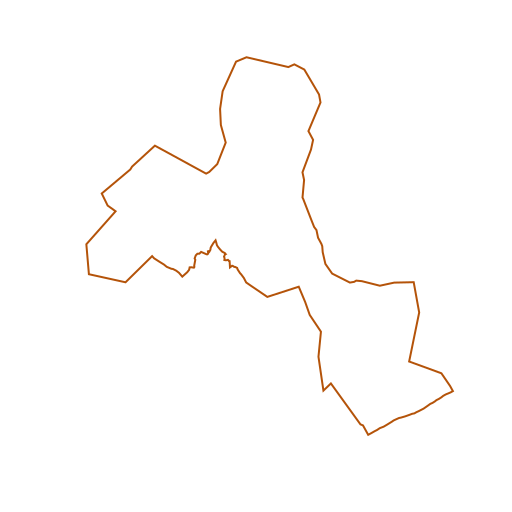 the district of Ifelodun, Osun, Nigeria, rotated 79°
{"feature_id": "59680162B54301811333050", "entity_name": "Ifelodun", "entity_type": "district", "adm_level": 2, "iso_a3": "NGA", "parent_name": "Nigeria", "parent_adm1": "Osun", "projection": "albers", "projection_center": [4.686, 7.929], "detail": "fine", "context": "isolated", "style": "outline", "palette": "amber", "viewbox_px": 512, "rotation_deg": 79, "n_neighbors": 0, "source": "geoboundaries", "source_scale": "gbopen_adm2", "svg_char_len": 2167}
<svg xmlns="http://www.w3.org/2000/svg" viewBox="0 0 512 512"><g transform="rotate(79 256 256)"><path d="M256.9,389.1L236.3,358.0L238.8,356.5L243.3,351.8L246.8,348.0L249.6,345.7L252.4,341.5L252.9,340.0L255.2,337.1L257.8,334.8L262.2,332.3L258.8,326.6L256.8,324.3L254.5,323.3L254.7,321.7L255.6,319.2L255.0,318.6L253.7,318.5L248.1,316.3L246.7,316.7L243.9,315.0L242.6,313.1L242.9,311.1L241.5,309.1L244.9,304.2L245.1,303.5L244.9,303.0L244.3,302.4L242.2,302.3L242.1,301.9L242.9,301.0L241.2,299.6L239.4,299.0L238.4,298.3L236.3,296.4L235.0,295.2L232.9,292.7L235.9,292.4L237.9,292.3L239.5,291.7L241.8,290.5L243.2,289.7L245.4,288.3L246.4,287.0L247.1,286.1L248.2,285.5L248.2,286.0L249.6,286.8L250.5,287.5L251.9,287.3L252.9,287.4L253.9,287.8L254.4,286.5L254.5,285.6L254.4,284.3L255.1,283.8L255.7,283.6L256.0,282.9L258.3,283.2L262.2,283.7L261.6,282.5L261.0,281.3L261.7,280.2L262.6,279.4L262.8,278.5L264.1,276.8L265.7,276.6L269.9,274.9L271.1,274.1L275.3,272.1L280.1,270.7L284.4,266.5L298.3,252.7L294.3,219.9L310.6,216.5L324.1,214.5L342.7,206.7L366.8,213.9L401.0,215.5L395.4,206.8L441.2,185.6L442.7,183.3L452.9,180.0L451.9,176.7L450.6,172.9L449.9,170.4L448.6,167.3L447.9,163.3L446.6,159.6L445.5,156.7L444.6,154.3L443.7,152.3L443.2,150.3L442.3,146.5L442.3,144.7L441.9,140.3L441.2,135.6L440.7,132.9L440.7,130.5L439.9,128.3L439.4,126.1L438.7,123.7L437.8,120.6L436.7,118.1L435.4,115.2L434.4,113.1L433.9,110.8L432.8,108.0L431.9,106.4L431.2,103.8L430.1,101.0L429.0,98.9L428.4,97.1L427.9,95.4L427.7,94.1L427.0,90.9L426.2,88.5L420.6,90.3L406.5,96.4L388.8,125.8L342.6,106.6L311.8,106.2L308.5,125.4L308.8,140.1L300.9,156.9L299.3,162.3L300.1,164.6L300.0,168.9L287.8,184.6L277.0,189.4L265.0,189.8L259.0,189.1L256.6,189.5L249.9,191.6L242.1,191.7L238.6,193.4L231.7,194.7L208.9,198.8L207.5,199.2L190.6,194.3L182.7,194.4L162.0,181.7L152.9,177.8L143.4,180.7L117.6,163.4L109.5,163.3L82.2,173.0L75.2,181.8L76.7,188.2L59.1,227.4L61.4,238.5L87.9,257.3L104.8,263.2L120.7,265.5L138.9,264.1L158.4,276.5L164.6,285.9L165.6,289.2L165.5,289.4L128.4,334.2L144.6,360.6L147.1,362.9L165.2,395.5L178.2,392.0L185.3,385.3L212.1,420.3L242.0,423.5L256.9,389.1Z" fill="none" stroke="#b45309" stroke-width="2"/></g></svg>